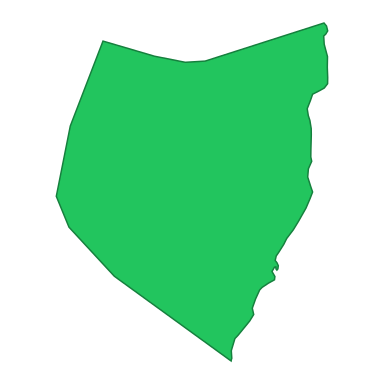 Dahab, Janub Sina', Egypt (Albers equal-area conic projection)
{"feature_id": "37247803B99399074441335", "entity_name": "Dahab", "entity_type": "district", "adm_level": 2, "iso_a3": "EGY", "parent_name": "Egypt", "parent_adm1": "Janub Sina'", "projection": "albers", "projection_center": [34.572, 28.733], "detail": "fine", "context": "isolated", "style": "filled", "palette": "green", "viewbox_px": 384, "rotation_deg": 0, "n_neighbors": 0, "source": "geoboundaries", "source_scale": "gbopen_adm2", "svg_char_len": 986}
<svg xmlns="http://www.w3.org/2000/svg" viewBox="0 0 384 384"><path d="M231.1,361.0L231.5,359.2L231.8,358.3L231.3,350.7L234.9,338.6L238.2,335.1L243.5,328.6L249.7,321.0L253.7,314.5L252.3,308.2L254.5,302.0L255.5,299.1L259.7,289.9L262.1,287.4L268.2,283.3L274.5,279.8L274.9,276.5L272.0,271.5L274.5,267.2L275.8,266.9L276.0,269.0L276.9,270.1L277.9,268.9L278.3,265.7L277.0,262.8L275.2,260.5L276.2,256.0L278.8,252.2L283.8,244.3L286.7,238.5L293.3,229.8L298.5,221.3L306.1,207.9L306.2,207.6L310.1,198.5L312.6,192.0L310.8,186.8L308.2,178.6L307.7,177.1L308.4,168.8L311.7,161.3L310.8,157.0L310.9,149.5L311.3,134.8L311.2,128.6L309.9,120.5L308.3,115.6L307.2,108.7L310.5,100.3L312.6,94.2L319.3,90.8L324.3,88.0L327.6,83.7L327.7,77.5L327.3,67.3L327.5,56.6L325.8,50.3L324.2,44.2L323.7,36.0L325.7,34.2L327.7,30.9L326.5,26.0L326.4,25.9L324.0,23.0L205.1,61.1L185.3,62.3L154.4,56.2L103.0,41.1L70.3,126.0L56.3,196.3L69.0,227.2L114.4,276.3L231.1,361.0Z" fill="#22c55e" stroke="#15803d" stroke-width="1.5"/></svg>